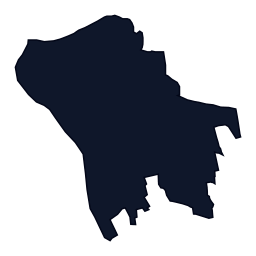 outline of Kardasa, Al Jizah, Egypt
{"feature_id": "37247803B74669546915316", "entity_name": "Kardasa", "entity_type": "district", "adm_level": 2, "iso_a3": "EGY", "parent_name": "Egypt", "parent_adm1": "Al Jizah", "projection": "natural_earth1", "projection_center": [31.148, 30.052], "detail": "fine", "context": "isolated", "style": "filled", "palette": "ink", "viewbox_px": 256, "rotation_deg": 0, "n_neighbors": 0, "source": "geoboundaries", "source_scale": "gbopen_adm2", "svg_char_len": 2635}
<svg xmlns="http://www.w3.org/2000/svg" viewBox="0 0 256 256"><path d="M235.8,109.0L228.7,107.5L220.7,107.2L213.1,104.9L206.0,104.1L199.8,102.6L199.0,102.4L194.3,101.6L187.3,99.9L177.7,95.5L179.5,94.9L179.5,91.6L179.5,86.6L177.2,82.5L171.7,79.2L167.8,75.9L165.5,74.9L165.5,65.1L163.5,51.9L159.2,51.9L155.3,51.9L151.7,51.1L150.6,51.9L147.5,51.9L140.7,49.9L142.1,47.7L142.8,44.4L142.9,41.1L142.9,37.8L142.1,32.8L139.7,31.2L136.6,33.7L133.5,32.0L133.5,29.5L133.5,27.0L131.9,22.9L129.6,19.6L127.3,18.8L122.6,18.8L119.4,17.1L114.8,15.4L114.0,15.6L111.6,16.2L106.9,16.2L104.4,17.1L97.5,21.2L85.0,27.7L78.8,30.2L76.4,31.8L74.1,33.5L68.6,35.9L67.6,36.3L63.0,38.1L60.0,39.2L53.7,40.9L44.3,41.7L36.5,40.0L28.3,40.0L27.9,44.1L22.4,54.8L18.5,59.8L15.4,67.2L17.7,80.4L28.6,94.5L36.4,101.9L44.2,105.3L49.7,109.4L55.9,118.5L65.3,131.7L75.4,142.5L80.9,150.6L83.2,154.1L84.0,160.7L84.4,164.1L85.5,173.1L87.1,189.6L90.2,208.6L94.8,216.9L104.6,237.5L110.1,240.6L111.9,238.2L114.1,236.9L116.8,235.3L117.3,235.0L114.9,229.9L111.3,222.5L110.0,219.6L116.5,215.0L117.5,214.3L122.2,208.7L125.3,207.9L126.5,210.2L128.4,213.8L130.0,217.0L130.8,224.3L132.9,224.4L135.6,224.5L134.7,217.9L136.9,217.1L136.3,209.6L138.7,208.9L142.5,207.9L144.9,211.2L148.8,209.6L147.2,207.9L149.6,206.3L144.1,197.2L147.2,194.7L144.9,185.6L146.5,184.0L144.1,177.4L149.7,176.1L157.9,174.2L158.2,174.1L158.3,175.2L158.5,180.4L158.5,181.4L158.6,182.1L158.6,182.8L158.7,184.3L160.9,187.8L162.9,188.1L163.8,188.7L164.6,189.3L165.6,191.0L165.8,192.0L166.7,195.3L170.2,201.0L171.3,201.1L172.6,201.3L176.6,202.2L182.7,203.7L188.2,205.5L190.4,206.9L192.6,207.7L193.6,214.0L195.8,214.1L208.9,218.2L212.8,217.3L212.7,216.1L212.6,215.3L212.5,213.9L212.3,211.6L212.3,211.0L211.8,208.1L212.8,206.8L213.5,204.4L212.9,203.6L212.7,203.4L212.3,202.8L211.8,202.2L211.3,201.4L210.6,200.4L209.8,198.9L209.4,197.7L209.3,196.4L208.7,196.1L207.5,195.4L207.3,194.1L207.3,192.8L207.2,190.6L207.0,188.1L207.0,187.4L206.6,184.9L206.3,182.7L208.7,182.3L210.1,182.1L211.0,181.9L211.5,182.3L213.0,182.5L214.9,183.7L214.4,176.6L215.0,176.5L214.7,171.1L218.5,170.2L214.6,152.1L216.9,152.9L219.1,153.1L222.9,155.0L221.9,153.0L221.4,152.2L221.1,150.8L220.8,149.8L220.6,148.9L219.0,146.6L218.4,144.0L217.9,142.0L217.3,140.1L217.1,139.3L216.8,138.5L216.5,137.4L216.2,136.3L213.8,127.2L215.4,126.7L216.2,126.4L217.0,126.1L218.5,125.6L219.3,125.5L219.9,125.4L222.6,125.1L223.3,125.0L225.3,124.7L228.5,126.5L231.7,131.5L232.3,132.4L236.0,138.2L237.9,137.7L240.6,136.9L239.8,133.9L239.6,132.3L238.5,125.1L237.9,121.0L237.4,118.1L237.3,117.5L237.2,116.8L235.8,109.0Z" fill="#0f172a" stroke="#020617" stroke-width="1.5"/></svg>